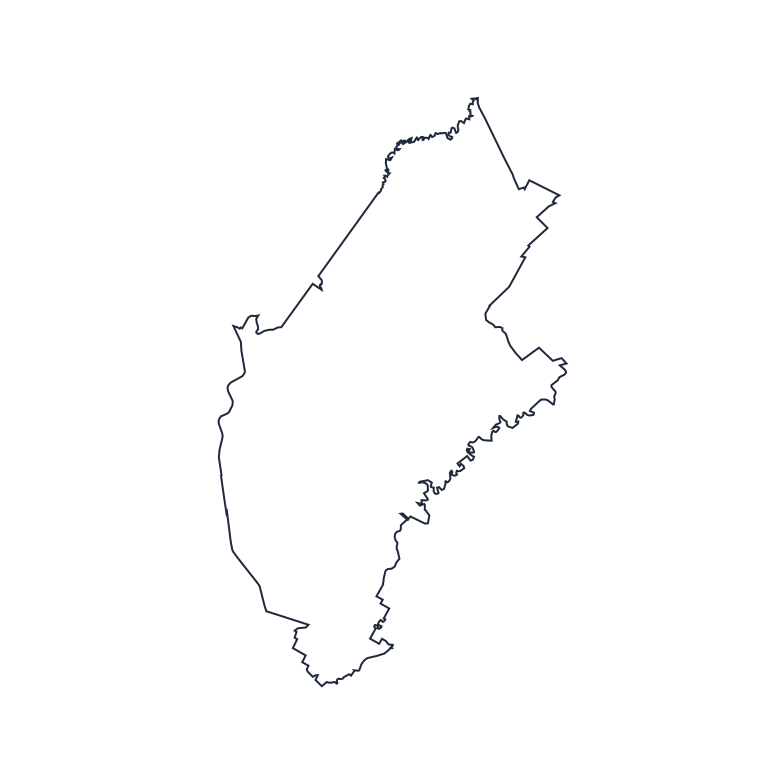 outline of Chinameca, Veracruz, Mexico, rotated 117°
{"feature_id": "50627088B80676997329582", "entity_name": "Chinameca", "entity_type": "district", "adm_level": 2, "iso_a3": "MEX", "parent_name": "Mexico", "parent_adm1": "Veracruz", "projection": "mercator", "projection_center": [-94.703, 18.06], "detail": "fine", "context": "isolated", "style": "outline", "palette": "slate", "viewbox_px": 768, "rotation_deg": 117, "n_neighbors": 0, "source": "geoboundaries", "source_scale": "gbopen_adm2", "svg_char_len": 6154}
<svg xmlns="http://www.w3.org/2000/svg" viewBox="0 0 768 768"><g transform="rotate(117 384 384)"><path d="M665.3,287.0L663.2,286.6L658.4,283.2L658.8,281.0L652.7,280.1L652.6,280.4L651.3,277.1L650.4,276.1L644.0,276.9L640.0,276.3L637.0,275.1L635.7,274.3L629.4,266.8L625.1,262.4L623.8,261.2L618.0,258.7L616.7,258.8L615.7,256.9L614.9,258.1L614.3,258.2L613.1,257.3L612.4,257.8L614.0,261.8L612.2,265.5L611.9,270.1L617.7,270.4L617.2,280.8L605.2,280.4L605.1,282.0L604.2,282.8L602.7,282.6L602.2,280.4L603.8,278.2L604.5,278.4L604.5,277.7L604.2,277.0L602.2,276.1L601.0,276.2L601.1,279.5L600.5,280.3L599.0,280.6L596.0,280.0L595.7,279.4L596.5,277.0L595.0,276.1L593.1,276.0L593.0,277.8L581.7,277.4L581.2,287.4L576.8,287.2L576.6,294.3L562.7,293.8L561.6,294.7L560.2,294.7L558.1,295.8L550.4,297.7L548.9,297.7L547.2,296.5L545.0,293.3L542.0,291.6L537.0,291.9L532.7,290.9L526.2,296.3L525.5,297.5L523.3,298.8L519.4,299.9L518.0,302.8L516.5,304.2L515.3,305.1L513.2,305.8L511.7,306.0L510.0,305.5L507.4,303.1L505.7,303.1L502.2,304.8L495.5,302.4L494.3,301.3L492.1,310.3L490.9,308.6L493.0,301.0L490.0,300.2L489.8,284.0L488.1,281.6L480.5,284.0L477.7,289.4L477.6,290.5L473.4,292.6L472.6,293.8L476.1,296.8L474.8,300.0L474.3,297.6L473.3,296.4L472.6,296.4L470.5,297.8L468.6,293.6L467.5,292.5L466.7,292.7L463.2,298.8L460.2,296.9L458.9,296.5L454.9,298.8L453.9,299.9L453.6,301.2L453.8,304.5L456.0,307.9L455.0,307.9L449.7,301.1L450.2,296.6L453.6,296.1L454.4,295.2L453.8,292.6L457.1,291.0L458.4,289.1L458.4,288.2L458.0,287.1L456.4,285.9L452.4,289.6L450.9,288.3L452.2,284.5L450.3,282.9L444.6,284.0L442.9,285.1L442.6,285.0L442.7,282.7L440.4,281.8L438.1,281.9L433.3,285.0L431.1,284.8L430.6,284.5L431.3,283.2L433.9,282.6L434.0,280.5L433.5,279.2L431.6,277.8L430.5,279.3L428.3,279.7L427.9,277.9L426.8,276.5L422.6,274.3L420.9,275.9L420.2,279.3L423.0,279.3L421.5,282.4L410.4,277.2L413.0,272.1L411.1,270.5L408.0,270.7L407.8,273.9L406.5,279.1L405.2,280.3L403.8,280.4L403.1,278.0L405.2,278.3L406.2,276.5L404.3,272.9L403.1,273.2L400.6,276.2L400.1,277.3L400.4,280.2L400.0,281.3L396.6,281.0L396.0,278.8L394.9,277.5L393.0,276.5L388.3,275.8L387.9,275.1L389.0,271.7L388.6,269.0L385.7,262.4L381.3,265.0L377.7,265.8L376.0,265.5L376.3,263.1L375.8,262.3L373.5,261.5L370.8,261.3L370.5,263.2L371.3,264.8L373.5,266.8L369.5,265.9L366.2,263.1L364.9,263.0L362.7,265.5L360.1,266.7L359.8,265.7L361.4,261.9L361.9,257.5L363.9,256.6L365.5,254.6L364.8,249.5L358.4,246.6L356.5,247.3L357.8,249.4L351.3,250.8L351.2,249.4L352.0,248.4L352.1,247.1L351.1,246.2L348.4,245.7L346.5,246.8L345.6,245.9L346.5,242.0L346.1,240.2L343.8,236.9L341.6,237.3L341.8,241.8L339.4,241.8L326.8,237.1L324.9,234.0L324.1,231.3L325.1,225.5L325.6,224.3L325.1,223.5L320.2,224.9L317.9,226.7L314.1,226.9L312.9,227.8L310.6,233.5L309.1,234.3L301.8,230.9L298.4,230.8L293.6,227.4L291.0,227.0L289.4,228.7L287.6,235.8L282.9,230.7L280.3,237.5L286.7,244.1L281.3,262.4L300.0,271.9L296.4,281.3L292.6,288.9L289.8,292.4L284.1,298.0L282.7,302.8L280.5,303.9L280.5,306.5L282.9,310.7L281.5,313.6L281.3,318.9L280.5,322.2L275.3,325.6L266.0,325.1L266.0,325.5L240.6,316.6L207.0,315.6L208.1,319.5L195.6,316.7L195.1,318.3L170.8,309.1L166.1,323.6L150.9,317.8L145.1,313.4L145.2,316.2L139.6,315.7L136.3,313.4L136.5,347.0L146.5,347.1L145.4,348.5L149.2,352.3L142.0,361.4L138.8,364.6L128.3,379.2L101.4,414.7L94.6,424.5L91.1,428.1L86.5,430.3L87.4,431.5L88.4,431.2L88.9,433.8L90.1,435.3L90.8,432.8L92.9,432.8L94.4,431.9L95.1,434.3L97.8,434.5L101.0,433.6L100.8,431.8L101.6,432.2L102.3,431.4L102.4,430.3L104.7,429.5L105.2,428.3L105.0,427.0L105.7,427.4L106.9,429.7L109.4,428.1L110.1,431.2L110.8,431.6L115.2,431.2L114.7,434.5L115.7,436.2L119.8,435.8L122.4,434.4L123.8,433.0L126.2,432.8L127.5,433.7L124.3,437.4L124.5,439.5L125.7,439.9L129.7,438.7L130.6,440.4L132.6,439.8L133.3,437.7L133.0,435.3L134.0,434.9L136.2,435.8L136.1,439.0L132.3,442.8L133.2,444.9L134.8,446.7L134.8,447.8L137.1,449.7L136.8,451.7L137.6,452.0L139.8,451.6L141.8,452.9L142.1,453.5L140.9,455.5L141.4,455.9L145.3,455.5L144.8,456.6L146.0,459.4L148.8,459.7L149.0,460.4L147.8,461.0L146.6,460.8L146.2,461.6L146.9,462.8L149.5,464.1L151.2,464.3L151.1,464.8L149.6,466.1L149.5,466.7L154.6,467.2L157.7,470.9L157.3,471.8L156.3,471.7L154.7,470.5L152.4,471.1L154.5,472.9L158.2,474.0L157.6,475.9L158.1,476.6L158.7,476.5L159.9,475.0L161.6,476.0L160.9,477.2L159.0,478.7L159.1,479.3L160.9,480.2L161.6,480.1L162.0,479.1L163.2,479.3L162.2,480.6L163.6,481.6L164.4,481.0L164.7,480.0L167.2,480.7L168.4,479.8L168.4,478.2L167.7,476.8L169.0,477.2L169.5,478.1L169.6,481.0L173.8,479.4L173.6,480.8L174.3,482.3L176.4,483.3L179.7,483.8L180.9,481.9L178.6,479.8L181.7,480.0L182.8,484.3L186.6,482.5L190.7,479.1L190.8,478.5L192.9,479.7L193.3,478.9L191.2,477.7L191.4,477.1L192.0,476.9L193.4,477.5L193.9,477.2L194.1,475.9L193.7,474.7L196.4,475.5L197.9,475.2L197.8,477.4L198.2,478.2L198.8,477.3L200.6,477.7L201.0,475.9L202.6,474.6L205.0,476.5L206.0,475.1L207.6,475.5L209.0,474.5L212.1,475.0L213.4,474.5L216.2,475.1L216.3,475.7L215.1,475.7L318.5,491.6L317.8,491.3L319.7,486.6L322.8,484.9L323.6,485.6L324.6,485.3L324.8,485.9L326.9,485.2L326.9,483.7L328.4,482.3L327.1,493.0L380.0,501.3L381.8,504.2L386.3,507.8L387.4,510.4L391.3,515.0L395.0,517.2L396.7,519.1L396.1,521.3L394.4,521.5L392.3,520.9L389.4,522.9L386.9,525.5L383.8,527.5L380.0,527.1L381.8,529.4L383.6,533.4L386.5,535.1L398.7,535.5L398.7,537.4L400.2,537.6L400.0,539.8L400.7,544.5L411.5,530.6L418.9,526.3L435.8,513.7L437.9,513.2L441.2,513.7L452.3,521.2L456.0,522.2L458.5,521.6L461.1,519.8L467.8,511.1L471.7,509.4L479.3,509.3L481.7,510.4L486.9,514.6L490.2,515.0L492.7,514.3L495.2,512.3L501.3,505.8L504.3,503.8L517.5,500.6L524.4,497.8L539.1,487.3L539.6,487.6L540.3,487.2L555.4,476.6L570.7,465.7L569.3,465.8L594.0,449.0L600.5,444.0L601.7,442.7L605.4,435.3L619.6,404.6L621.1,402.6L635.2,390.3L639.9,385.7L632.8,342.0L636.4,343.1L640.8,349.9L644.3,351.6L644.6,349.4L650.6,348.5L650.8,345.5L660.7,345.3L661.4,330.6L669.0,330.5L669.3,323.4L673.3,323.3L674.9,321.5L677.2,314.5L674.6,312.7L673.5,310.8L678.8,310.7L681.5,302.2L675.5,299.7L675.4,298.1L673.8,295.1L671.9,292.7L672.4,290.0L671.7,289.8L669.4,291.5L668.1,291.4L667.2,290.8L666.9,289.2L665.3,287.0Z" fill="none" stroke="#1e293b" stroke-width="2"/></g></svg>